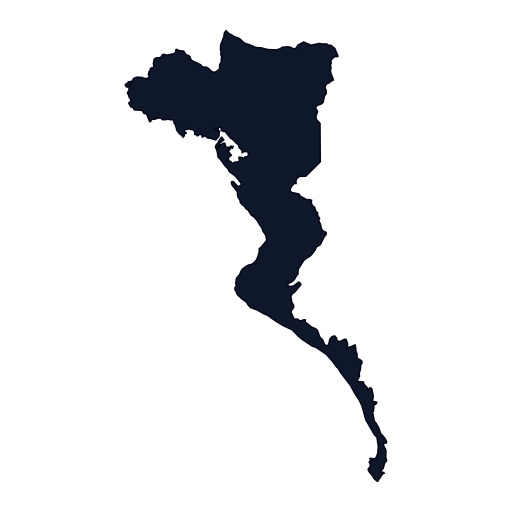 Golfito, Puntarenas, Costa Rica
{"feature_id": "36466004B12763689767454", "entity_name": "Golfito", "entity_type": "district", "adm_level": 2, "iso_a3": "CRI", "parent_name": "Costa Rica", "parent_adm1": "Puntarenas", "projection": "mercator", "projection_center": [-83.1, 8.423], "detail": "fine", "context": "isolated", "style": "filled", "palette": "ink", "viewbox_px": 512, "rotation_deg": 0, "n_neighbors": 0, "source": "geoboundaries", "source_scale": "gbopen_adm2", "svg_char_len": 6010}
<svg xmlns="http://www.w3.org/2000/svg" viewBox="0 0 512 512"><path d="M128.3,81.9L127.1,83.6L125.5,84.2L125.3,85.5L126.7,87.0L128.7,87.1L129.9,84.3L131.1,83.9L129.4,86.3L128.9,88.5L129.2,89.9L127.6,92.3L127.6,93.5L128.6,94.9L128.9,96.7L130.9,99.9L130.6,101.7L128.8,102.8L129.0,103.7L130.8,106.8L133.4,107.7L133.7,109.1L134.6,109.9L142.1,110.4L143.8,113.3L146.6,114.0L149.6,121.5L150.4,121.6L151.9,119.4L155.6,119.0L158.0,118.0L160.8,118.1L162.5,119.7L166.4,119.6L167.6,119.0L170.0,119.7L173.7,119.8L173.6,121.4L174.3,123.4L175.3,124.6L177.0,130.6L179.2,133.5L181.3,135.0L183.1,137.2L184.2,135.9L184.6,133.7L186.2,133.2L186.1,132.7L184.2,131.5L185.0,129.6L189.3,129.0L190.0,128.4L190.5,129.5L192.2,129.5L194.1,130.7L194.6,131.7L194.7,134.4L196.4,134.7L197.3,135.9L199.4,134.5L201.9,134.5L202.2,137.0L203.5,136.6L203.5,136.2L205.5,135.9L207.5,138.0L210.3,138.2L215.4,139.9L216.0,139.8L216.9,138.3L218.6,136.8L219.1,135.5L219.0,133.2L219.7,131.2L218.2,130.9L218.3,129.1L215.0,128.9L214.8,128.2L217.6,128.4L219.5,127.2L220.1,127.3L221.5,128.2L221.3,130.1L223.2,131.4L225.1,131.4L230.9,138.6L232.1,138.9L236.8,143.6L238.5,144.7L239.1,147.5L242.1,150.3L242.1,152.5L244.8,151.4L247.9,152.0L248.6,154.7L247.4,156.6L244.8,157.0L243.9,158.5L243.0,158.5L242.4,157.5L239.2,157.1L238.8,158.2L239.4,159.7L239.3,161.3L237.4,162.0L234.6,162.1L233.4,163.2L232.0,163.1L230.7,161.4L227.5,160.6L228.4,160.1L228.8,156.6L230.6,156.0L231.3,155.1L227.9,150.8L229.9,149.8L230.2,148.6L231.3,147.9L232.5,148.2L233.1,146.5L230.9,146.1L229.6,147.2L226.6,147.3L225.4,145.9L224.9,143.3L223.8,143.1L221.1,144.6L219.5,147.0L218.2,147.8L217.2,147.7L217.3,147.1L218.9,146.0L219.8,144.7L219.3,143.4L223.8,139.8L221.7,137.2L220.0,138.8L217.8,143.2L216.2,144.8L215.4,146.8L217.1,151.0L218.1,157.1L220.4,159.4L224.8,165.5L227.8,168.6L229.5,171.8L235.4,176.0L241.2,183.4L241.5,184.8L240.1,185.4L239.4,186.5L238.5,186.6L236.3,185.0L234.0,182.2L233.0,181.6L231.8,181.6L231.4,182.8L232.2,185.3L236.2,190.1L237.3,192.0L237.8,196.7L239.9,200.0L240.4,202.6L242.1,204.6L244.4,206.2L246.2,208.9L248.2,210.2L251.1,214.9L254.1,217.0L257.6,221.1L259.2,224.2L261.7,227.5L263.1,231.4L265.2,234.3L266.1,236.3L266.2,238.3L266.9,240.2L261.3,247.0L259.3,248.6L259.0,252.9L257.7,257.2L255.9,260.8L252.5,264.0L249.3,264.8L247.0,265.8L243.0,268.6L241.5,270.3L239.7,274.4L236.5,278.2L235.7,283.3L236.5,285.5L235.0,287.6L234.9,289.8L236.1,291.4L237.0,293.9L237.9,295.1L241.9,298.9L246.3,302.0L248.0,304.7L250.5,307.5L257.3,310.0L263.7,313.7L267.5,315.3L276.5,321.6L283.4,325.7L292.2,329.8L298.6,336.4L303.0,339.9L312.1,346.0L315.9,347.3L326.4,354.4L332.4,361.2L336.6,367.0L338.1,368.2L340.8,372.7L350.6,385.6L354.6,393.0L359.2,400.2L362.0,405.9L365.8,419.8L374.5,434.9L376.9,437.1L378.3,446.2L377.8,453.3L376.4,457.0L375.1,458.6L373.3,458.8L370.6,458.2L369.9,458.6L370.9,462.0L369.5,461.5L369.2,462.1L370.3,464.1L370.1,466.7L368.3,468.8L368.3,470.3L369.8,472.7L372.6,475.8L374.1,478.6L376.7,480.9L377.7,481.3L382.4,474.1L384.2,473.2L383.7,472.5L380.7,471.8L380.7,471.2L383.2,468.3L384.6,463.1L386.7,460.7L385.7,457.1L386.0,451.3L385.3,448.6L384.0,447.0L383.3,443.0L386.2,443.1L386.6,441.5L384.4,437.5L380.7,433.6L379.0,428.6L376.0,423.1L374.3,421.3L372.7,412.6L372.7,411.8L373.6,410.9L373.3,409.4L374.0,407.9L373.3,405.8L376.0,403.9L376.8,402.3L372.1,401.0L373.1,398.2L373.2,395.8L371.8,388.8L371.2,388.1L369.5,387.9L368.2,390.1L366.7,387.0L364.0,384.4L363.4,382.0L358.6,381.7L357.2,380.8L359.5,376.2L359.2,373.3L360.4,369.3L360.6,365.3L361.8,363.4L362.0,361.6L361.2,360.5L357.0,358.0L357.1,354.3L355.8,350.5L355.8,348.4L355.0,344.9L350.8,346.7L347.3,347.7L347.7,343.8L346.1,339.4L344.3,339.3L340.9,341.1L338.8,341.6L336.7,340.0L336.6,338.3L335.0,336.1L333.8,336.0L331.9,336.8L330.0,338.9L328.7,344.2L327.8,345.4L326.8,345.9L324.6,344.5L322.5,339.7L319.8,337.0L317.4,330.3L315.4,328.6L311.6,327.1L305.4,322.1L305.2,319.8L303.5,319.8L301.4,320.7L299.5,320.7L297.7,319.1L294.1,319.2L291.1,312.5L291.2,311.0L293.7,307.4L293.7,305.4L291.8,302.3L290.9,296.5L291.9,294.2L294.8,292.0L300.9,284.6L299.7,282.5L298.5,282.2L293.1,286.3L288.7,286.3L287.8,284.8L287.8,283.8L288.3,283.4L291.2,282.2L294.2,279.8L296.4,275.9L298.0,274.0L298.1,270.2L298.7,268.4L303.8,260.4L306.7,258.0L309.3,256.7L311.8,254.4L314.7,250.6L316.5,246.9L319.8,245.0L320.6,244.1L323.8,237.6L326.2,234.2L326.1,232.3L323.3,231.2L321.4,228.8L320.4,224.0L318.8,220.9L318.7,219.9L319.5,219.1L319.5,218.3L317.3,214.7L317.8,213.2L315.6,210.7L314.7,207.4L312.1,205.1L311.2,202.3L311.6,200.3L309.7,199.6L306.9,199.6L305.6,199.1L300.4,196.2L298.9,194.0L291.5,192.4L290.2,190.8L290.1,188.7L293.8,183.6L296.1,183.5L296.0,180.2L297.0,178.4L299.7,176.3L305.6,176.3L320.3,161.8L320.0,123.3L317.1,120.4L316.0,118.2L316.0,116.0L317.6,111.5L316.2,109.3L315.7,107.0L317.2,105.4L321.2,104.0L323.1,102.4L324.5,95.7L326.1,93.8L326.3,91.0L324.9,87.6L325.9,84.9L327.1,83.6L329.2,82.9L330.6,81.5L333.4,79.9L330.7,72.6L330.5,70.0L331.0,67.8L330.4,64.4L331.2,63.5L330.9,60.4L333.5,57.4L334.9,56.7L337.5,56.6L338.0,56.1L334.8,48.4L331.0,45.4L328.0,45.0L326.8,44.0L321.5,43.9L319.5,43.4L311.0,45.2L303.7,42.0L297.7,45.2L296.6,47.6L294.8,48.8L292.5,48.4L290.3,47.1L287.0,46.8L282.6,47.2L279.1,49.1L276.3,49.9L267.6,49.5L261.2,47.8L255.8,47.5L249.2,44.6L246.1,43.8L243.4,42.3L239.6,38.6L233.9,36.4L231.3,34.6L229.4,34.0L226.0,30.7L224.4,32.9L223.8,36.8L220.6,45.1L220.5,49.7L221.1,51.8L220.7,54.3L221.6,55.9L221.1,62.5L219.7,64.3L219.5,68.5L219.0,69.6L215.7,71.8L214.2,72.3L212.1,71.8L207.7,67.8L206.7,67.3L203.1,67.0L201.9,66.3L200.9,64.9L191.7,60.5L190.7,59.1L189.8,56.4L188.5,55.5L186.1,54.8L183.9,51.4L182.7,50.9L179.8,50.8L176.4,49.3L175.9,49.7L175.4,52.5L173.9,53.7L166.3,55.2L164.8,54.4L162.6,54.5L160.5,57.6L156.2,57.8L154.2,59.2L153.4,63.3L153.8,66.5L152.6,68.1L151.7,67.8L150.4,68.6L150.2,70.4L149.2,71.3L148.7,72.8L148.9,73.7L148.3,74.8L149.4,76.1L148.9,77.5L148.0,77.6L147.2,79.1L145.8,78.4L143.8,78.3L142.4,77.5L137.3,77.1L134.5,77.9L133.3,78.9L132.2,81.2L128.3,81.9Z" fill="#0f172a" stroke="#020617" stroke-width="1.5"/></svg>